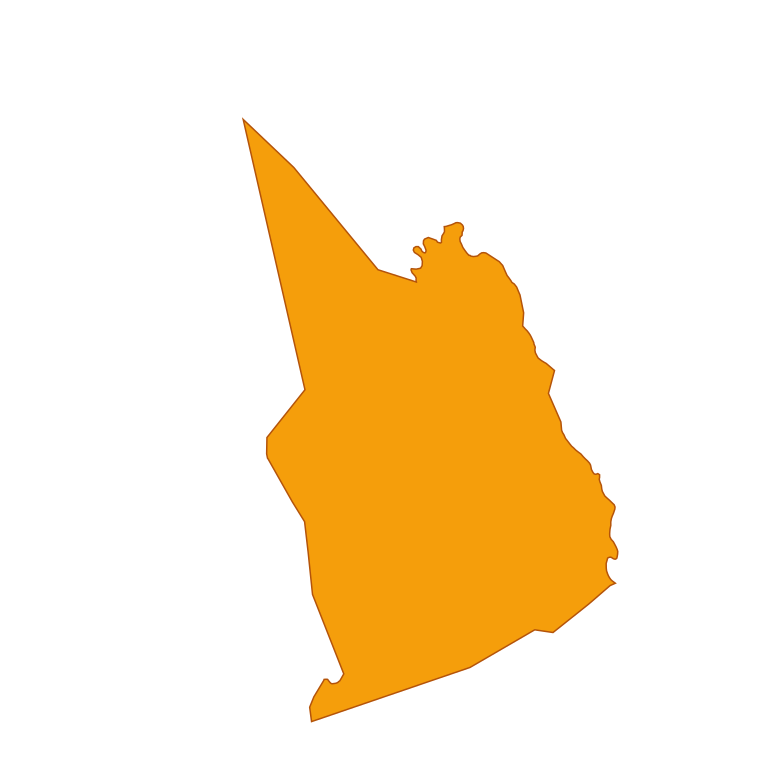 San Mateo Sindihui, Oaxaca, Mexico (Natural Earth projection), rotated 341°
{"feature_id": "50627088B43932249609701", "entity_name": "San Mateo Sindihui", "entity_type": "district", "adm_level": 2, "iso_a3": "MEX", "parent_name": "Mexico", "parent_adm1": "Oaxaca", "projection": "natural_earth1", "projection_center": [-97.342, 17.027], "detail": "fine", "context": "isolated", "style": "filled", "palette": "amber", "viewbox_px": 768, "rotation_deg": 341, "n_neighbors": 0, "source": "geoboundaries", "source_scale": "gbopen_adm2", "svg_char_len": 2882}
<svg xmlns="http://www.w3.org/2000/svg" viewBox="0 0 768 768"><g transform="rotate(341 384 384)"><path d="M537.9,647.7L535.7,644.5L534.8,642.8L534.2,640.8L533.8,638.8L533.6,636.6L533.6,633.2L534.0,631.3L534.4,629.8L535.0,628.0L535.6,626.1L536.8,624.3L537.6,623.2L538.4,621.9L539.0,621.3L540.6,621.2L542.1,621.6L543.1,622.7L544.0,623.9L545.1,624.7L546.1,625.0L547.4,624.5L548.3,623.1L549.5,620.9L550.5,618.4L550.6,616.2L550.4,613.6L549.9,610.3L549.5,607.9L548.2,604.8L547.8,601.8L548.6,599.1L549.5,596.9L550.5,594.7L552.4,591.6L553.5,588.3L555.1,585.4L556.8,583.2L558.9,580.9L559.8,579.7L561.5,577.5L562.4,575.5L562.3,573.1L560.8,570.2L559.3,567.2L557.5,564.0L556.3,561.7L555.8,558.6L555.5,556.7L555.7,554.3L556.5,550.6L556.4,548.6L556.3,546.5L556.5,544.1L557.4,542.6L558.3,540.0L557.0,538.3L555.0,538.4L553.5,537.5L552.8,535.7L552.3,532.4L552.6,530.2L552.9,527.9L552.6,525.9L551.4,523.0L550.0,520.4L548.6,517.4L547.4,514.3L545.4,511.4L543.8,508.9L542.5,506.2L541.1,503.8L540.0,500.7L538.8,497.1L537.9,494.5L537.6,490.7L537.0,488.1L536.9,485.8L536.9,485.5L538.9,477.5L536.4,446.4L549.6,426.8L544.1,417.4L542.5,415.6L540.7,413.4L539.6,411.8L538.2,409.6L537.8,407.4L537.3,403.8L537.7,401.1L539.0,398.4L538.8,395.1L539.1,393.5L538.9,391.4L538.6,388.3L538.2,385.4L537.5,382.8L536.6,380.2L535.5,378.0L534.0,374.3L539.2,362.2L541.6,343.9L541.5,343.5L541.2,339.1L541.0,335.6L539.7,331.8L538.0,329.6L537.7,327.9L536.6,324.1L535.7,321.5L535.3,317.1L534.8,310.5L534.2,309.2L532.8,305.8L531.1,303.7L523.0,293.3L520.9,292.2L519.0,291.8L516.9,292.3L514.2,293.4L512.2,293.1L510.0,292.6L507.7,291.3L507.1,290.3L506.6,290.1L506.2,290.0L505.0,287.3L503.9,283.8L503.0,280.5L502.8,277.2L502.4,274.0L502.9,271.5L503.9,269.9L506.2,268.8L507.4,265.8L508.6,264.8L509.8,262.9L510.2,260.8L509.9,259.2L508.6,256.8L507.1,255.9L506.2,255.4L504.6,254.9L502.2,255.2L499.5,255.4L497.4,255.3L494.0,255.2L492.2,254.8L491.5,257.5L490.7,259.8L489.3,261.1L487.1,262.8L485.3,266.1L484.4,268.8L483.3,269.1L480.8,267.4L480.2,265.2L477.4,262.9L475.1,261.1L473.6,259.9L469.5,260.2L468.0,261.4L466.8,264.3L467.2,267.3L467.3,271.2L466.6,272.7L465.4,273.4L464.0,272.4L463.0,270.5L462.9,268.5L461.2,265.3L459.0,264.5L456.6,265.0L455.3,266.9L455.6,269.5L458.4,273.0L460.4,276.4L460.2,280.6L458.6,284.5L456.3,286.4L451.9,285.9L447.4,283.9L446.7,284.9L446.8,287.9L448.6,292.2L448.9,294.3L448.1,296.3L447.8,298.1L415.5,274.0L369.2,149.9L337.0,88.0L307.4,363.7L255.9,396.5L250.3,411.8L249.7,416.2L250.0,417.1L259.0,465.8L264.1,488.3L257.4,518.8L247.9,559.7L251.6,645.0L245.7,650.2L244.1,650.7L243.0,651.2L241.2,651.3L239.5,651.0L237.6,650.6L237.1,650.4L236.4,649.8L235.9,648.9L235.3,647.4L235.1,646.8L234.5,644.9L233.1,644.3L231.2,643.8L230.5,644.7L215.8,657.0L208.5,665.4L205.6,679.6L373.0,680.0L446.5,665.5L462.9,674.0L506.2,658.6L524.2,651.4L532.2,648.2L537.9,647.7Z" fill="#f59e0b" stroke="#b45309" stroke-width="1.5"/></g></svg>